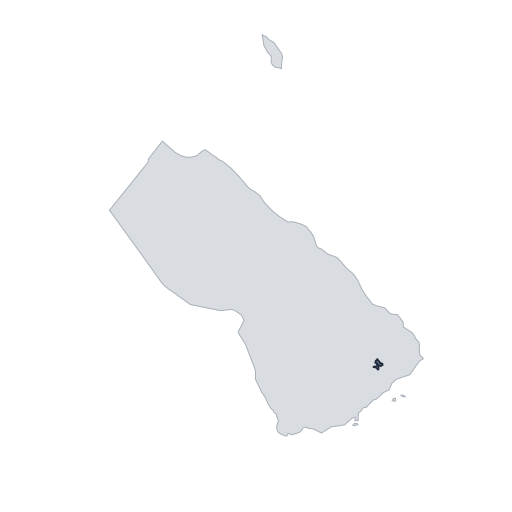 Al Odayn, Ibb, Yemen shown in context, rotated 244°
{"feature_id": "15242507B10242503769306", "entity_name": "Al Odayn", "entity_type": "district", "adm_level": 2, "iso_a3": "YEM", "parent_name": "Yemen", "parent_adm1": "Ibb", "projection": "orthographic", "projection_center": [43.943, 13.994], "detail": "fine", "context": "in_parent", "style": "filled", "palette": "slate", "viewbox_px": 512, "rotation_deg": 244, "n_neighbors": 0, "source": "geoboundaries", "source_scale": "gbopen_adm2", "svg_char_len": 5059}
<svg xmlns="http://www.w3.org/2000/svg" viewBox="0 0 512 512"><g transform="rotate(244 256 256)"><path d="M400.3,222.2L384.4,228.8L380.2,231.7L376.5,235.1L373.8,239.3L372.0,246.6L373.8,253.2L373.8,256.8L369.7,259.3L365.9,261.1L361.6,263.8L359.0,264.6L356.9,266.7L354.4,268.2L345.4,272.2L335.6,275.4L319.9,279.4L313.9,283.3L308.3,286.0L299.9,287.0L288.4,290.9L281.9,293.9L274.0,298.7L272.3,300.2L270.9,303.7L268.5,306.7L263.7,311.6L260.1,314.2L257.7,314.4L253.0,315.9L247.4,316.2L237.9,314.7L235.5,315.9L233.6,317.9L226.4,321.3L219.1,328.1L213.7,329.9L204.9,332.1L198.8,335.0L194.7,336.1L189.4,336.8L179.6,336.6L170.3,337.7L161.7,339.6L157.7,343.2L153.1,348.9L145.5,351.2L143.7,353.3L141.4,357.4L136.5,358.5L132.1,359.2L127.5,357.4L119.0,362.5L115.8,363.3L110.8,363.5L107.4,364.5L104.8,364.2L101.7,362.3L95.1,359.9L90.3,361.4L89.9,356.7L81.9,342.2L83.6,329.6L83.6,327.8L82.0,322.2L77.3,317.0L77.4,310.5L75.8,305.8L74.6,301.1L75.0,299.8L75.1,298.6L72.7,291.2L71.9,289.7L71.6,288.2L72.4,287.0L72.4,285.6L71.1,283.4L69.8,279.1L63.3,275.7L64.7,272.5L65.9,273.6L67.6,274.6L68.0,272.5L68.0,271.0L65.4,261.4L69.4,248.7L68.2,237.2L74.3,232.6L75.8,231.2L76.7,229.9L78.1,227.3L80.1,226.5L80.8,223.7L80.7,222.4L79.5,221.2L78.5,218.0L78.9,213.9L79.2,212.2L79.9,209.1L82.0,207.9L82.5,207.0L80.8,205.0L81.0,203.9L84.6,200.6L86.0,199.6L88.3,198.6L90.2,198.6L92.3,199.2L94.1,200.1L95.9,201.8L97.9,203.7L100.8,204.4L102.8,204.2L104.4,205.1L105.8,204.6L107.4,203.6L109.9,203.7L112.2,202.6L118.6,202.0L124.8,202.4L131.2,201.4L137.7,201.5L144.2,201.5L145.6,201.6L147.0,202.2L152.5,205.1L156.7,205.7L165.1,206.4L174.0,207.2L181.7,207.8L188.3,207.1L193.7,206.5L195.2,206.5L196.8,208.3L200.2,212.8L203.3,217.0L208.8,217.1L212.2,215.5L216.0,213.2L218.3,211.4L220.9,204.5L222.5,200.0L226.4,194.9L229.7,190.7L234.0,185.0L236.4,181.9L241.1,175.8L245.6,173.3L254.4,168.6L262.9,163.9L268.5,160.9L273.3,159.5L281.3,158.1L290.7,156.6L300.2,155.0L310.2,153.3L321.3,151.4L329.0,150.0L338.7,148.3L346.8,146.9L354.0,145.7L361.4,144.3L362.9,147.7L364.5,151.0L366.1,154.3L367.6,157.6L369.2,160.9L370.7,164.2L372.3,167.6L373.8,170.9L375.4,174.2L377.0,177.5L378.5,180.8L380.1,184.1L381.7,187.5L383.2,190.8L384.8,194.1L386.4,197.4L387.9,200.6L390.2,201.7L391.7,204.7L393.9,209.1L396.0,213.5L398.1,217.8L400.3,222.2ZM427.8,356.9L429.8,357.2L432.8,355.9L441.5,355.3L452.2,358.6L450.2,359.7L449.1,361.1L444.5,362.6L440.0,365.7L426.7,367.7L422.8,367.0L419.5,364.4L413.3,361.0L415.6,358.5L416.1,357.5L416.9,356.4L420.3,354.5L423.6,354.6L427.8,356.9ZM67.4,318.3L66.9,319.0L66.3,318.9L64.3,317.1L66.5,315.1L67.7,317.0L67.4,318.3ZM61.2,273.3L60.1,274.0L59.8,272.7L60.5,269.7L61.6,268.9L62.3,271.1L61.8,272.3L61.2,273.3ZM66.3,327.4L64.1,328.4L65.6,325.7L67.1,325.2L67.5,325.3L66.3,327.4Z" fill="#d9dde1" stroke="#a8b0b8" stroke-width="1"/><path d="M108.9,317.1L108.7,317.1L108.4,317.1L108.2,316.9L108.0,316.6L108.0,316.4L107.9,316.4L107.7,316.3L107.4,316.5L107.4,316.9L107.2,317.1L107.0,317.3L106.9,317.4L106.8,317.5L106.7,317.6L106.6,317.8L106.4,317.8L106.3,317.6L106.2,317.5L106.0,317.2L105.9,317.2L105.7,317.0L105.0,317.7L104.8,317.8L104.8,317.7L104.7,317.7L104.4,317.5L104.2,317.3L104.1,317.2L103.9,317.2L104.0,316.6L104.3,316.2L104.3,315.8L104.2,315.8L104.2,315.7L104.0,315.4L104.3,314.9L104.6,314.4L104.7,314.1L104.8,314.1L104.8,313.9L105.0,313.5L105.0,313.3L104.9,313.2L104.9,312.9L104.7,312.8L104.3,313.0L104.2,313.2L104.1,313.8L104.0,314.0L103.9,314.2L103.2,314.6L102.9,314.8L102.7,314.9L102.6,315.0L102.4,315.2L102.4,315.3L102.0,315.5L101.6,315.6L101.4,315.6L101.2,315.5L101.1,315.4L100.9,315.5L100.7,315.5L100.4,315.7L100.2,315.9L100.2,316.0L100.2,315.9L100.2,316.0L100.3,316.2L100.3,316.3L100.5,316.4L100.5,316.5L101.6,317.2L102.1,317.4L102.3,317.5L102.6,317.6L102.9,317.7L103.1,317.7L103.3,317.7L103.4,317.8L103.5,317.8L103.9,317.7L104.0,317.7L104.1,317.8L104.3,318.0L104.2,318.4L104.1,318.5L103.8,318.4L103.7,318.3L103.4,318.4L103.2,318.5L102.7,318.7L102.8,318.7L102.8,318.8L102.8,319.1L102.8,319.3L102.6,319.4L102.6,319.5L102.3,319.8L102.2,320.0L102.2,320.3L102.3,320.3L102.4,320.5L102.5,320.6L102.8,320.8L102.7,321.1L102.7,321.3L102.8,321.3L102.9,321.5L102.7,321.7L102.6,321.8L102.7,322.0L102.8,322.0L102.7,322.1L103.0,322.2L103.1,322.3L103.3,322.4L103.4,322.5L103.5,322.5L103.5,322.4L103.8,322.4L104.0,322.3L104.1,322.1L104.2,321.9L104.3,321.8L104.5,321.9L104.8,321.6L104.9,321.4L104.7,321.0L104.8,320.9L105.0,320.9L105.2,320.7L105.3,320.7L105.5,320.7L105.6,320.8L105.7,320.7L105.8,320.7L106.0,320.5L106.0,320.4L106.2,320.5L106.2,320.8L106.3,320.8L106.5,320.8L106.6,320.7L106.9,320.6L107.0,320.6L107.3,320.6L107.3,320.1L107.4,319.9L107.4,320.1L107.8,320.3L108.0,320.3L108.1,320.0L108.2,319.9L108.4,319.9L108.6,319.9L108.8,319.9L109.0,320.0L109.3,320.1L109.5,320.2L109.8,320.1L110.0,320.0L110.2,319.9L110.1,319.7L109.9,319.6L110.0,319.4L109.9,319.3L109.8,319.2L109.7,319.0L109.6,318.9L109.4,318.8L109.2,318.7L109.0,318.4L109.1,318.1L109.1,317.9L109.2,317.7L108.8,317.5L108.7,317.4L108.8,317.3L108.9,317.2L109.0,317.2L108.9,317.1Z" fill="#64748b" stroke="#1e293b" stroke-width="1.5"/></g></svg>